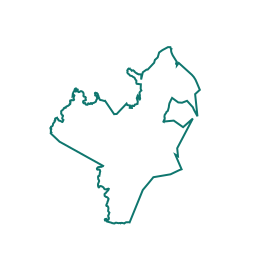 outline of San Miguel del Puerto, Oaxaca, Mexico, rotated 31°
{"feature_id": "50627088B61133778664315", "entity_name": "San Miguel del Puerto", "entity_type": "district", "adm_level": 2, "iso_a3": "MEX", "parent_name": "Mexico", "parent_adm1": "Oaxaca", "projection": "natural_earth1", "projection_center": [-96.143, 15.951], "detail": "fine", "context": "isolated", "style": "outline", "palette": "teal", "viewbox_px": 256, "rotation_deg": 31, "n_neighbors": 0, "source": "geoboundaries", "source_scale": "gbopen_adm2", "svg_char_len": 5738}
<svg xmlns="http://www.w3.org/2000/svg" viewBox="0 0 256 256"><g transform="rotate(31 128 128)"><path d="M63.0,126.9L64.1,129.3L64.3,128.9L64.4,127.9L64.5,127.6L64.9,127.6L65.3,127.7L65.8,130.3L66.0,130.6L67.1,131.3L67.2,131.6L67.1,132.1L66.8,132.4L66.1,132.8L65.3,133.1L64.3,134.2L64.4,134.5L64.8,135.3L65.0,135.4L65.4,135.4L65.6,136.5L66.0,136.8L66.1,137.1L65.7,137.5L65.9,137.9L65.7,138.7L65.1,140.0L64.9,140.4L64.6,140.6L64.0,141.6L64.2,142.7L64.0,142.9L63.5,142.9L63.4,143.0L63.2,143.2L63.2,143.7L62.8,144.1L63.0,145.1L62.9,145.5L62.1,147.8L62.1,148.1L62.5,148.7L62.8,149.1L63.3,150.1L63.8,150.2L64.2,150.6L64.8,150.8L65.7,150.8L65.9,150.9L66.2,151.5L66.2,152.3L66.6,153.6L68.0,154.4L68.5,154.4L68.7,155.6L68.7,156.6L68.2,156.8L66.7,156.7L65.2,157.2L64.4,157.1L63.8,156.6L63.5,156.4L62.7,156.5L62.5,156.3L61.9,155.7L61.8,155.8L61.5,156.4L61.0,156.8L60.8,157.2L60.8,157.8L61.6,159.1L61.8,159.2L61.8,159.4L61.6,159.5L61.4,159.7L61.8,160.6L61.9,161.1L61.6,162.0L61.6,163.1L62.1,164.1L62.2,165.3L62.0,165.8L61.4,166.5L61.8,167.5L61.5,167.8L61.5,168.0L62.4,168.1L62.8,168.4L62.9,168.8L62.7,169.3L63.6,170.3L63.8,171.0L64.4,171.2L64.2,171.5L64.5,172.4L76.4,175.0L126.2,173.3L126.2,173.6L124.9,175.3L124.1,175.6L123.0,176.6L122.8,176.8L122.5,177.1L122.2,178.6L122.3,178.9L122.8,179.4L123.3,179.4L124.8,178.4L125.2,178.4L125.5,178.5L126.5,179.4L126.9,180.8L127.5,182.1L127.9,183.4L128.1,183.8L127.4,184.3L127.4,184.9L127.6,185.5L129.0,187.3L129.8,187.6L130.4,188.1L130.7,188.6L130.8,189.4L131.1,191.2L131.6,192.3L132.7,193.6L133.4,194.0L133.7,193.9L133.8,193.6L134.0,192.1L134.8,191.7L136.3,191.5L137.6,191.6L139.1,192.4L139.8,192.4L140.7,192.0L142.4,190.1L142.9,190.1L143.1,191.5L143.0,192.0L142.8,192.5L142.8,192.9L142.5,194.2L142.5,195.0L141.9,196.4L142.3,197.4L143.0,198.2L143.4,198.3L144.4,198.3L144.7,198.4L144.8,198.4L145.3,198.1L145.6,198.1L146.5,198.2L147.7,198.6L148.0,199.1L148.0,200.0L148.4,200.5L148.4,200.9L148.3,201.4L148.8,202.7L149.0,204.8L149.2,205.5L149.8,205.9L150.7,205.5L151.9,206.1L152.7,207.1L153.6,209.2L153.8,209.5L154.2,209.7L155.6,210.1L155.9,211.4L156.1,212.0L156.2,212.4L156.0,213.1L156.6,213.9L156.9,214.4L157.6,214.6L157.9,214.9L158.3,215.6L158.5,216.4L158.1,217.3L157.6,217.5L156.5,217.1L156.3,217.0L155.3,217.8L155.2,218.1L155.2,218.3L155.4,218.6L155.9,219.1L157.3,218.6L157.6,218.6L158.1,219.0L158.5,218.9L161.6,218.0L162.7,217.7L163.5,217.7L163.9,217.4L164.8,217.2L165.3,216.8L165.7,216.7L166.0,215.8L166.6,215.3L169.0,214.4L169.7,213.8L170.3,213.4L170.7,213.5L171.1,212.8L171.3,212.7L172.3,212.2L174.0,211.7L174.1,211.1L174.4,210.8L174.6,210.3L175.0,209.7L176.0,209.2L176.4,208.8L177.2,208.4L178.0,208.1L172.6,173.5L174.0,164.7L175.1,157.1L188.3,145.8L193.8,137.5L195.2,135.8L182.3,126.5L185.4,126.5L180.6,120.0L178.7,86.5L174.8,98.9L163.4,98.1L155.3,104.1L155.4,104.3L155.2,104.3L155.2,104.2L155.1,102.9L154.9,103.0L154.7,101.3L154.4,100.6L154.1,100.2L153.6,99.9L153.2,99.1L152.7,97.8L152.9,95.4L152.7,94.5L153.3,92.8L152.3,89.2L151.5,87.5L150.8,85.5L150.4,81.6L150.3,79.5L157.9,80.2L161.3,78.5L164.6,74.3L172.9,76.8L174.9,78.3L181.5,82.2L168.1,64.4L169.9,58.3L163.9,53.9L160.9,51.8L158.1,50.4L155.3,49.5L138.0,46.1L137.7,49.1L137.4,48.5L137.0,48.2L136.3,48.3L135.9,47.8L135.9,47.4L136.1,47.0L135.7,46.6L135.8,46.2L128.9,42.7L126.5,41.0L125.4,39.9L124.5,38.5L124.5,38.0L124.0,38.1L122.7,36.9L120.6,38.1L117.4,43.5L115.8,47.2L117.1,52.2L116.0,55.8L116.8,58.6L114.8,67.8L113.8,68.4L112.0,72.6L114.3,79.7L112.0,75.4L111.8,75.3L111.6,75.6L111.0,75.6L110.1,76.1L109.8,76.4L109.4,76.6L108.8,76.5L108.2,76.8L107.4,76.7L107.2,76.5L106.6,76.7L104.6,76.4L104.1,76.0L102.7,75.9L102.5,76.1L101.7,77.0L101.0,76.6L99.9,76.5L98.9,76.6L98.8,76.4L98.5,76.7L98.0,76.7L97.9,77.0L97.7,77.5L97.8,78.5L97.7,78.9L97.7,79.0L98.3,79.4L98.5,79.6L98.6,80.3L98.8,80.7L99.3,81.1L99.6,81.2L100.1,81.4L100.9,81.4L102.8,82.0L104.8,81.4L105.8,81.6L107.6,81.5L109.5,82.7L110.6,83.0L110.9,83.2L111.5,84.5L112.0,85.1L112.6,85.6L113.0,85.5L114.2,85.0L114.5,84.7L114.9,84.7L116.5,83.9L118.7,87.9L120.8,89.5L120.0,89.3L119.8,90.0L119.6,91.5L119.9,92.3L120.7,93.1L121.5,94.1L121.6,94.5L122.2,95.3L123.3,96.6L123.4,97.2L123.4,97.6L123.2,97.7L120.7,96.1L120.3,95.5L119.6,95.1L119.6,95.4L120.0,96.6L120.0,97.3L120.2,98.0L120.7,98.4L122.8,100.3L123.1,101.1L123.2,101.5L123.4,101.7L123.7,102.5L123.2,102.8L122.8,103.5L122.0,104.3L121.8,104.5L121.9,105.2L121.9,106.0L121.3,106.4L120.6,106.4L120.0,106.8L120.0,107.6L120.2,108.0L120.6,108.3L121.0,108.8L119.1,109.8L118.1,107.7L115.5,108.7L114.2,107.8L111.1,121.8L109.3,123.0L109.0,123.3L94.3,116.5L93.9,117.0L92.0,117.5L91.2,117.7L89.8,118.3L89.3,118.2L88.5,117.7L88.2,117.6L88.0,117.4L87.8,117.1L86.5,116.3L86.4,116.0L85.8,115.5L85.2,115.3L84.7,114.5L83.3,114.1L83.0,114.7L82.0,114.5L81.8,114.7L81.7,114.9L81.7,115.2L82.1,115.6L82.5,115.9L82.9,116.5L83.0,116.9L83.3,117.0L84.4,116.6L84.8,116.8L85.5,117.7L86.4,118.3L86.7,118.4L86.4,119.3L86.4,119.8L86.6,121.0L86.9,121.9L86.7,122.4L85.8,124.0L84.9,124.9L84.8,125.3L84.8,125.9L84.4,126.0L84.0,125.9L83.7,125.6L83.4,125.7L83.2,126.0L83.2,126.8L82.8,127.2L82.2,127.3L81.5,127.2L81.2,127.4L81.2,127.7L81.4,128.7L81.1,129.1L79.9,129.6L79.0,129.3L78.9,129.0L78.6,128.7L78.3,128.7L77.7,129.4L77.2,129.6L76.2,129.0L75.9,128.4L75.8,128.0L76.2,127.4L76.7,126.9L77.5,125.7L77.4,125.5L76.5,124.8L76.1,123.6L75.4,123.4L74.7,123.5L74.0,123.8L73.4,123.6L73.2,123.4L72.6,121.9L71.8,121.0L71.1,120.6L70.4,120.4L69.5,120.4L68.8,120.6L68.3,121.0L67.8,122.2L67.0,122.7L66.2,122.5L65.5,121.6L65.2,121.0L64.9,120.9L64.6,121.1L64.5,121.7L64.8,123.1L64.7,123.4L64.4,123.7L63.9,123.6L63.6,123.2L63.6,122.0L63.4,121.2L63.0,120.9L62.7,121.1L62.4,121.8L62.4,122.3L62.6,122.5L62.8,123.6L62.8,125.5L63.0,126.4L63.0,126.9Z" fill="none" stroke="#0f766e" stroke-width="2"/></g></svg>